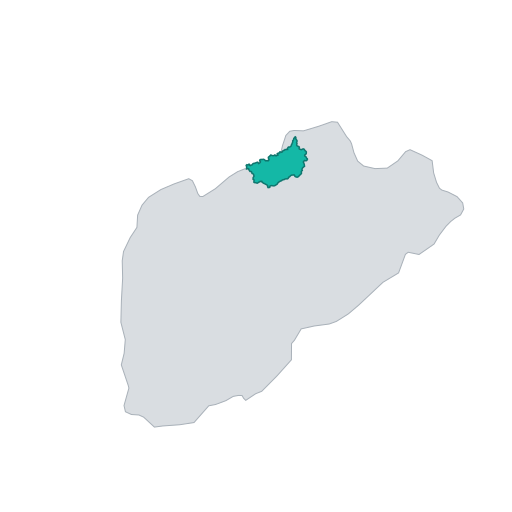 Kurtoe, Lhuntshi, Bhutan (highlighted), rotated 323°
{"feature_id": "84629894B57016809532633", "entity_name": "Kurtoe", "entity_type": "district", "adm_level": 2, "iso_a3": "BTN", "parent_name": "Bhutan", "parent_adm1": "Lhuntshi", "projection": "robinson", "projection_center": [90.998, 27.926], "detail": "fine", "context": "in_parent", "style": "filled", "palette": "teal", "viewbox_px": 512, "rotation_deg": 323, "n_neighbors": 0, "source": "geoboundaries", "source_scale": "gbopen_adm2", "svg_char_len": 6989}
<svg xmlns="http://www.w3.org/2000/svg" viewBox="0 0 512 512"><g transform="rotate(323 256 256)"><path d="M400.5,220.9L399.8,224.0L396.4,232.4L394.3,241.4L396.1,248.9L403.6,257.8L413.7,264.8L426.5,265.4L438.3,262.7L443.0,263.8L449.4,275.6L454.0,285.9L447.9,296.5L444.5,305.8L443.3,312.3L444.1,315.2L447.9,320.5L452.3,329.6L453.0,338.0L450.2,343.5L444.1,346.3L437.6,345.5L432.3,345.6L425.6,346.6L415.1,349.6L405.4,353.6L387.1,352.9L379.8,344.6L376.3,344.6L359.7,355.3L341.6,353.4L308.7,357.0L294.9,357.8L280.8,356.6L273.6,354.4L260.3,346.9L248.2,341.4L236.0,346.4L231.7,347.3L221.8,360.2L200.5,364.4L179.2,367.5L172.9,365.8L160.9,365.1L160.5,362.1L160.9,359.1L158.1,356.8L153.3,354.4L144.9,353.4L134.2,350.2L128.1,347.2L106.3,351.7L93.6,344.9L79.2,335.6L71.9,331.5L69.3,317.1L66.8,312.5L61.1,307.6L58.0,301.8L60.6,296.0L75.0,285.0L76.1,282.4L82.9,261.9L92.1,254.4L101.3,244.1L108.2,227.6L121.6,210.7L136.2,193.4L146.3,179.3L152.9,172.7L166.6,165.6L178.1,161.5L186.1,152.1L195.6,146.8L205.5,144.5L220.0,145.7L233.8,149.1L248.8,153.8L250.5,157.6L249.2,164.3L247.1,171.1L247.0,174.6L249.3,176.5L264.0,177.8L282.1,176.7L292.2,177.6L314.7,183.9L321.3,188.3L328.2,191.7L334.9,191.1L343.5,183.9L352.4,177.7L358.0,176.7L362.0,178.7L369.2,184.6L384.1,190.1L397.3,194.3L401.6,198.2L400.2,215.2L400.5,220.9Z" fill="#d9dde1" stroke="#a8b0b8" stroke-width="1"/><path d="M306.9,208.2L306.8,208.4L306.8,208.6L307.0,208.7L307.5,209.2L307.9,209.3L308.6,209.3L308.7,208.8L308.9,208.7L309.3,208.6L309.9,208.7L310.6,208.9L310.8,209.2L311.4,209.7L311.9,210.3L312.3,210.6L313.2,211.1L314.0,211.2L315.3,211.3L316.0,211.4L316.4,211.2L316.9,211.1L317.2,210.9L317.8,210.7L318.1,210.7L318.7,210.6L319.3,210.8L320.0,210.8L321.2,211.0L321.7,211.3L322.8,211.1L323.3,211.3L323.8,211.5L324.1,211.8L324.3,211.9L325.1,211.9L325.6,212.1L326.3,212.3L326.7,212.6L327.0,213.0L327.5,213.3L328.2,213.4L328.4,213.3L328.8,213.2L329.1,213.0L329.4,212.8L329.8,212.8L330.4,213.0L330.8,212.9L331.4,212.8L331.9,212.7L332.4,212.7L332.8,212.8L333.3,212.9L333.5,213.1L334.5,213.7L335.2,214.0L335.1,214.4L335.1,214.6L335.2,214.9L335.2,215.3L335.2,215.5L335.0,215.9L335.3,216.3L335.4,216.5L335.5,217.0L336.0,217.5L336.4,217.7L336.5,217.9L336.8,218.1L337.1,218.1L337.8,218.0L338.0,218.0L338.6,218.0L339.1,217.9L339.4,217.8L340.4,217.7L341.3,217.6L342.0,217.4L342.2,217.0L342.6,216.6L342.7,216.2L343.1,215.8L344.0,215.5L344.4,215.6L344.6,215.1L344.8,214.5L345.4,214.1L345.9,213.8L346.7,213.6L347.6,213.6L348.0,213.5L348.7,213.6L349.0,213.1L349.6,212.0L349.9,211.2L350.2,210.2L350.3,209.5L350.4,209.4L350.9,209.1L351.6,209.1L352.3,208.9L352.8,209.6L353.3,210.1L353.9,210.2L354.3,210.2L354.7,209.9L355.4,209.6L355.5,209.1L355.3,208.5L355.3,208.1L355.5,207.3L355.6,206.7L355.4,206.1L355.1,205.6L355.1,205.4L355.2,205.2L355.5,204.9L355.8,204.6L356.0,204.6L357.3,204.6L357.6,204.6L357.9,204.3L358.0,204.1L358.8,203.3L358.9,202.7L358.8,202.0L358.6,201.5L358.6,201.1L358.6,200.6L358.7,200.2L358.7,199.8L358.6,199.4L358.4,199.2L358.1,198.8L356.3,198.4L356.0,198.2L355.7,197.6L355.2,197.1L355.0,196.6L355.0,196.4L355.2,196.0L355.6,195.6L355.9,195.3L356.1,195.2L356.1,194.4L355.7,193.8L355.5,193.7L355.4,193.4L355.1,192.7L355.1,192.2L355.2,191.9L355.5,191.7L355.9,191.2L356.3,190.7L356.5,190.7L356.6,190.4L356.6,190.1L356.7,189.8L357.0,189.5L357.4,189.3L357.8,189.1L358.1,188.8L358.1,188.4L358.2,188.0L358.3,187.7L358.2,187.2L358.3,186.9L358.4,186.0L358.8,185.8L359.2,185.2L359.2,184.9L359.2,184.6L359.1,184.4L358.0,184.6L356.9,184.9L355.9,185.8L354.6,186.1L354.4,186.5L353.7,187.2L352.6,187.8L351.7,188.4L351.0,188.6L350.8,188.9L350.4,189.2L350.2,189.3L349.7,189.4L349.3,189.3L348.6,189.3L348.1,189.1L347.9,188.9L347.5,188.7L347.4,188.5L346.8,188.7L346.4,188.8L346.2,188.9L345.9,189.1L345.3,189.2L345.2,189.5L345.2,189.8L344.7,189.5L344.4,189.3L343.3,188.5L343.2,188.6L342.6,188.6L342.3,188.7L342.2,188.6L342.0,188.4L341.8,188.4L341.2,188.3L340.6,188.2L340.2,188.3L339.8,188.4L339.5,188.5L339.2,188.7L338.8,188.5L338.5,188.0L338.3,187.8L338.1,187.6L337.9,187.3L337.8,187.2L337.6,187.3L337.4,187.6L337.0,187.9L336.8,187.9L336.3,187.6L336.2,187.4L335.5,187.3L335.2,187.2L334.8,187.0L334.6,187.0L334.4,187.2L334.2,187.5L334.3,187.8L334.4,188.1L334.4,188.6L333.9,188.6L333.6,188.3L333.0,188.2L332.8,188.2L332.5,188.2L332.2,188.1L332.0,187.1L332.0,186.7L331.9,186.6L331.7,186.6L331.4,186.6L331.1,186.6L330.8,186.7L330.7,186.6L330.3,186.3L330.1,186.2L329.7,185.9L329.2,185.4L329.1,184.9L329.0,184.7L328.6,184.4L328.5,184.2L328.4,184.2L327.9,184.4L327.6,184.5L327.3,184.4L327.0,184.4L326.6,184.6L326.3,184.6L325.7,184.5L325.3,184.6L325.1,184.8L325.0,185.0L324.9,185.2L324.8,185.4L324.7,185.6L324.6,185.8L324.6,186.0L324.7,186.3L324.6,186.7L324.4,186.8L323.9,187.0L323.7,187.2L323.5,187.3L323.2,187.3L322.9,187.3L322.6,187.0L322.5,186.6L322.4,186.5L322.1,186.5L321.7,186.3L321.5,186.1L321.1,185.8L321.1,185.7L320.9,185.6L320.8,185.3L320.8,185.1L320.8,184.9L320.8,184.5L320.7,184.2L320.6,183.9L320.4,183.6L320.2,183.3L319.9,183.0L319.3,182.9L318.9,182.5L318.5,182.2L318.3,182.2L318.1,181.9L317.6,181.6L317.2,181.5L316.9,181.7L316.8,181.8L316.5,181.9L316.3,182.1L316.2,182.3L316.2,182.6L316.4,183.0L316.2,183.5L315.7,183.8L314.8,183.9L313.7,183.8L313.6,183.6L313.8,183.2L313.9,182.8L313.9,182.6L313.8,182.4L313.8,182.1L313.6,182.0L313.4,181.9L312.9,181.7L312.5,181.6L312.4,181.6L312.1,181.5L311.8,181.5L311.2,181.2L311.0,181.3L310.8,181.3L310.5,181.0L310.3,180.9L309.8,180.6L309.6,180.5L309.3,180.5L309.0,180.5L308.9,180.5L308.6,180.5L308.4,180.6L308.1,180.8L307.9,180.8L307.7,180.8L307.4,180.7L307.2,180.7L306.9,180.6L306.6,180.5L305.9,180.4L305.6,180.2L305.4,179.7L305.6,179.3L305.9,179.1L305.9,178.7L305.7,178.6L305.5,178.4L305.2,178.5L304.7,178.4L304.4,178.4L304.0,178.2L303.7,177.6L303.4,177.6L303.2,177.6L302.7,177.7L302.6,177.9L302.4,178.4L302.4,178.9L302.3,179.3L301.9,179.5L301.7,179.8L301.5,180.2L301.3,180.7L301.0,180.9L301.2,181.0L301.7,181.2L302.4,181.5L302.6,181.8L302.6,182.1L302.4,182.2L302.3,182.5L302.2,182.7L302.2,183.1L302.2,183.4L302.2,183.7L302.1,184.1L302.1,184.4L302.1,184.9L302.2,185.1L302.4,185.2L302.7,185.3L302.9,185.5L303.0,185.7L303.1,185.9L302.9,186.7L302.8,187.1L302.6,187.4L302.5,187.7L302.6,187.9L302.8,188.2L303.1,188.7L303.2,188.9L303.2,189.4L303.1,189.6L302.8,190.1L302.6,191.0L302.4,191.1L302.0,191.2L301.8,191.3L301.2,191.6L300.7,191.8L300.5,192.2L299.8,192.9L299.8,193.0L300.0,193.4L300.2,193.6L300.2,193.9L300.1,194.2L299.9,194.5L298.8,195.7L298.7,195.9L298.8,196.2L299.0,196.5L299.4,196.9L299.7,197.1L300.0,197.5L300.5,198.2L300.7,198.4L301.1,198.7L301.5,198.7L302.0,198.7L302.8,198.7L303.2,198.8L303.4,199.0L303.7,199.0L304.1,198.9L304.4,199.0L304.8,199.5L305.4,199.7L305.6,199.9L305.5,200.2L305.3,200.5L305.3,200.8L305.4,201.1L305.6,201.7L305.7,202.1L305.8,202.4L305.9,202.6L306.2,203.1L306.4,203.3L306.7,204.2L306.8,204.4L306.9,204.6L307.3,205.3L307.4,205.6L307.5,205.8L307.5,206.7L307.5,207.1L307.4,207.2L307.2,207.3L307.0,207.6L306.9,207.8L306.9,208.2Z" fill="#14b8a6" stroke="#0f766e" stroke-width="1.5"/></g></svg>